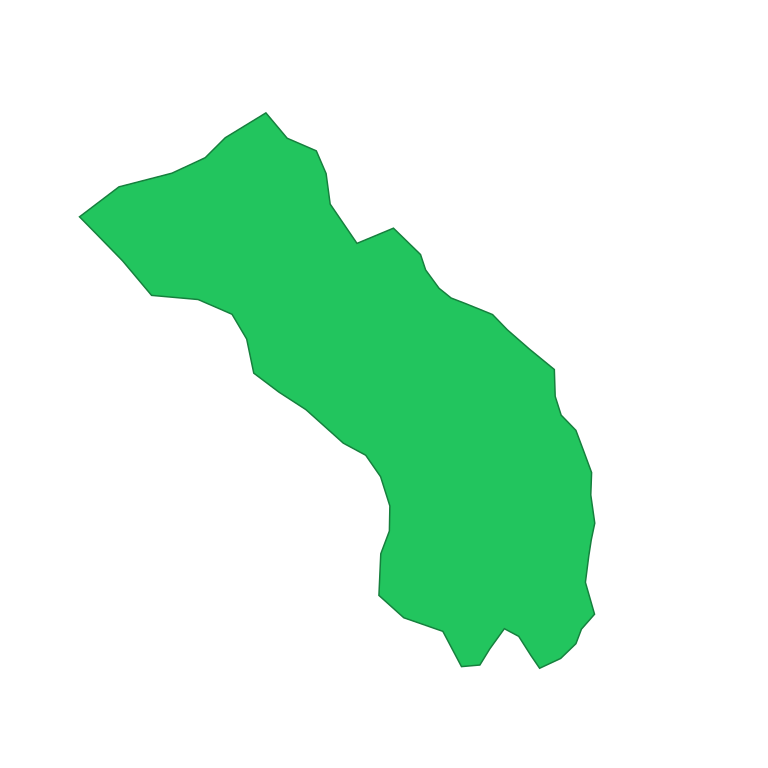 outline of Agios Theodoros Soleas, Nicosia, Cyprus, rotated 140°
{"feature_id": "46923920B26695938470022", "entity_name": "Agios Theodoros Soleas", "entity_type": "district", "adm_level": 2, "iso_a3": "CYP", "parent_name": "Cyprus", "parent_adm1": "Nicosia", "projection": "orthographic", "projection_center": [32.933, 35.027], "detail": "fine", "context": "isolated", "style": "filled", "palette": "green", "viewbox_px": 768, "rotation_deg": 140, "n_neighbors": 0, "source": "geoboundaries", "source_scale": "gbopen_adm2", "svg_char_len": 896}
<svg xmlns="http://www.w3.org/2000/svg" viewBox="0 0 768 768"><g transform="rotate(140 384 384)"><path d="M425.0,60.2L403.9,61.7L390.3,69.3L370.7,72.3L357.2,102.6L337.6,120.7L325.5,131.3L312.0,141.9L296.9,166.1L281.9,182.7L274.3,203.9L266.8,225.1L268.3,246.3L260.8,264.5L244.2,285.6L250.2,317.4L254.7,346.2L256.2,367.4L269.8,393.1L277.3,406.7L280.3,421.9L278.8,444.6L272.8,459.7L276.6,497.3L314.3,509.1L309.6,556.4L293.1,582.4L286.0,606.1L300.2,634.5L300.2,667.6L347.3,674.7L375.5,672.3L410.9,681.8L460.3,705.4L509.8,707.8L508.0,685.2L505.1,646.3L505.1,601.3L472.1,568.2L455.6,535.1L460.3,506.7L476.8,476.0L469.7,445.2L460.3,414.5L453.2,364.8L443.8,341.2L446.2,315.2L457.9,286.8L474.4,267.9L495.6,256.0L523.8,225.3L519.1,192.2L497.9,156.7L506.3,117.7L491.2,107.1L473.2,113.1L449.1,119.2L443.0,104.1L446.0,81.4L447.5,66.2L425.0,60.2Z" fill="#22c55e" stroke="#15803d" stroke-width="1.5"/></g></svg>